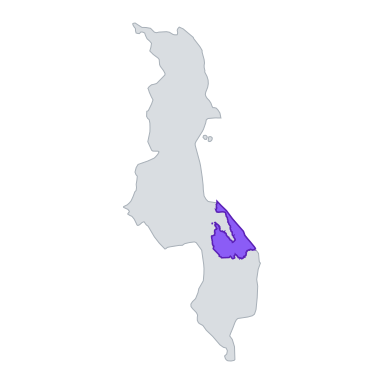 location of Mangochi, Mangochi, Malawi
{"feature_id": "42251766B89682559169951", "entity_name": "Mangochi", "entity_type": "district", "adm_level": 2, "iso_a3": "MWI", "parent_name": "Malawi", "parent_adm1": "Mangochi", "projection": "orthographic", "projection_center": [35.105, -14.138], "detail": "fine", "context": "in_parent", "style": "filled", "palette": "violet", "viewbox_px": 384, "rotation_deg": 0, "n_neighbors": 0, "source": "geoboundaries", "source_scale": "gbopen_adm2", "svg_char_len": 8239}
<svg xmlns="http://www.w3.org/2000/svg" viewBox="0 0 384 384"><path d="M146.3,224.9L144.0,221.7L142.1,222.5L139.5,224.8L138.1,225.4L137.4,225.3L136.9,224.8L136.3,223.4L134.3,219.3L132.0,216.4L129.6,215.3L127.7,214.0L128.5,212.7L129.4,211.8L129.0,210.8L127.9,209.4L123.6,207.4L123.6,206.6L127.3,204.8L129.6,202.7L131.2,200.7L133.2,196.3L134.8,191.9L136.1,190.5L136.5,187.6L136.2,184.3L136.9,180.1L137.3,176.2L136.0,174.7L135.0,172.1L136.2,167.5L138.1,164.4L147.6,161.1L154.2,158.1L155.6,156.8L157.8,154.3L159.0,151.9L158.1,151.2L152.9,151.1L151.6,150.2L147.8,141.7L149.9,131.8L150.0,128.0L149.9,123.2L149.2,119.7L147.6,118.3L146.6,116.4L146.8,111.3L148.3,110.7L151.6,103.9L153.0,99.9L151.3,96.7L149.3,92.2L148.4,89.3L147.9,88.4L149.2,86.6L151.5,84.8L153.9,84.3L156.6,83.5L164.9,75.0L165.0,73.4L163.5,70.6L160.3,66.3L159.6,64.6L159.2,59.5L158.0,58.0L153.4,54.6L149.8,51.0L150.9,47.3L151.5,43.3L149.7,41.1L147.1,38.8L145.5,35.5L144.7,33.0L142.7,32.1L140.8,32.0L139.4,33.6L137.9,33.5L136.1,33.0L135.5,30.8L135.4,28.5L134.1,26.9L132.9,24.8L132.8,23.6L133.5,23.3L135.1,23.0L141.9,27.4L146.0,27.5L150.5,28.3L154.4,32.2L156.5,32.7L159.0,32.1L166.4,31.7L169.3,32.2L173.1,34.5L174.6,34.8L177.0,34.8L177.4,34.2L177.7,32.9L177.2,30.2L177.8,28.7L179.2,27.1L183.2,28.9L193.3,37.4L193.6,38.5L200.0,46.8L202.1,50.4L202.1,52.2L204.1,59.6L204.5,63.0L204.1,65.6L204.2,67.7L204.9,70.7L204.7,72.0L207.0,76.4L208.1,80.1L208.3,83.7L207.7,87.2L205.7,92.3L205.3,94.4L205.8,96.2L207.1,98.3L209.2,100.5L210.9,103.1L212.0,106.2L212.9,107.7L214.1,107.6L216.2,108.1L217.9,109.9L219.9,113.0L220.6,116.5L220.9,118.0L215.2,117.9L208.0,118.5L206.3,119.8L205.7,122.9L203.5,129.2L202.3,131.5L199.6,135.8L195.9,141.7L195.1,143.7L195.3,145.7L197.5,153.8L199.8,162.3L200.5,165.6L202.2,177.0L203.1,185.0L203.3,189.7L204.1,196.0L206.1,199.4L208.2,201.5L216.3,202.8L218.7,204.3L223.2,208.4L233.2,219.4L238.6,226.5L243.4,232.8L251.9,244.4L258.5,253.4L259.3,261.8L260.4,263.1L258.2,269.3L256.7,279.4L257.7,286.1L257.2,297.6L256.0,309.7L254.5,314.1L252.5,315.7L247.9,317.0L237.8,318.5L236.3,319.9L235.0,322.3L232.9,327.9L230.5,333.6L229.7,336.0L230.2,336.6L232.3,339.5L234.5,346.8L234.9,359.5L234.1,360.4L231.1,361.0L227.9,360.8L226.6,360.1L225.4,358.7L224.6,356.0L226.7,354.1L227.4,350.8L226.1,348.0L223.4,347.3L219.9,344.8L212.6,336.3L206.4,330.4L202.9,325.5L199.2,323.5L198.2,322.3L197.3,320.3L197.3,317.3L197.6,315.1L196.4,312.6L192.7,308.8L191.0,306.6L190.9,304.1L192.5,301.6L195.6,298.6L198.0,292.6L198.8,288.7L203.3,280.8L203.9,273.9L204.0,268.5L203.7,264.4L202.5,256.0L201.7,250.2L196.2,242.6L194.4,241.9L189.1,242.6L184.6,243.7L182.4,245.3L179.0,245.4L170.2,246.8L167.4,247.4L165.8,248.7L164.9,249.0L159.3,243.2L154.4,236.9L148.1,226.2L146.3,224.9ZM210.6,141.3L209.1,141.6L208.2,140.9L208.4,138.5L208.9,136.8L210.4,136.6L211.4,137.0L212.2,137.8L212.2,139.0L211.7,140.3L210.6,141.3ZM207.3,137.1L206.4,139.4L204.7,139.3L203.0,137.3L203.5,135.7L205.1,135.2L206.5,135.8L207.3,137.1Z" fill="#d9dde1" stroke="#a8b0b8" stroke-width="1"/><path d="M234.7,257.9L234.7,257.5L234.4,256.9L234.4,256.5L234.1,256.1L234.1,255.9L234.9,255.1L235.1,254.6L235.2,254.2L235.4,254.5L235.6,254.6L235.9,254.7L236.2,255.0L236.5,255.0L236.7,255.4L237.0,255.6L237.2,255.8L237.3,256.3L237.7,256.6L237.9,257.1L238.3,257.3L238.4,257.7L238.7,257.7L238.9,257.8L239.1,257.8L239.3,257.7L239.5,257.7L240.0,258.2L240.0,258.3L240.1,258.2L240.5,258.0L240.8,257.9L241.1,258.1L241.0,258.3L241.5,258.7L241.8,258.8L242.1,258.5L242.7,258.4L242.8,258.3L243.0,258.2L243.2,257.9L243.3,257.8L243.3,257.7L243.5,257.7L243.8,257.5L243.7,257.5L243.7,257.1L243.8,257.1L244.0,257.1L243.9,257.0L244.0,256.9L243.9,256.8L244.0,256.7L243.9,256.6L243.9,256.4L244.1,256.3L244.5,256.3L245.5,255.6L245.8,255.0L246.0,255.1L246.2,254.0L246.2,253.9L246.3,253.7L246.1,253.2L246.0,252.5L246.2,252.1L246.8,251.8L247.0,251.5L247.0,251.2L246.9,250.9L247.1,250.6L247.3,250.6L247.5,250.6L247.9,250.4L248.2,250.1L248.5,250.0L248.7,249.9L248.9,250.0L249.1,250.2L249.4,250.2L249.7,249.7L249.9,249.7L250.0,249.5L250.3,249.5L250.5,249.4L250.6,249.6L250.8,249.5L251.2,249.6L251.3,249.7L251.5,249.7L251.7,249.8L251.8,249.7L252.3,250.0L252.6,250.1L252.7,249.9L253.3,249.7L253.6,249.9L254.1,249.7L254.3,249.8L254.5,249.8L254.4,249.7L254.6,249.6L254.5,249.4L254.8,248.9L255.1,248.6L255.1,248.4L255.3,248.3L254.6,247.2L253.5,245.8L249.7,241.2L247.2,238.4L244.7,235.3L244.3,233.7L243.4,231.3L232.5,218.9L226.4,210.6L221.2,205.6L217.0,201.2L217.0,202.2L217.1,202.6L216.9,203.1L217.0,203.3L216.8,203.5L216.8,203.9L216.7,204.1L216.3,204.4L216.5,204.7L216.5,205.5L216.4,205.7L216.4,206.0L216.4,206.9L216.6,207.3L216.4,207.5L216.6,208.0L216.5,208.9L216.1,209.2L215.9,209.7L215.7,209.6L215.9,210.2L216.1,210.4L216.3,211.2L216.7,211.9L217.2,211.9L217.7,212.0L217.8,212.2L218.4,212.2L218.9,212.2L219.5,212.1L221.3,211.9L222.9,211.8L224.4,212.1L225.3,212.4L225.6,213.2L225.6,213.4L225.8,213.8L225.8,214.3L226.0,214.4L226.0,214.7L226.0,215.0L226.2,216.2L226.6,216.8L227.0,217.1L227.1,217.5L227.4,217.8L227.4,218.3L227.4,218.8L227.6,219.3L227.6,219.6L227.8,219.9L227.9,220.2L227.9,220.5L228.1,221.4L228.1,221.5L227.8,221.8L227.9,222.2L228.0,222.3L228.4,222.6L228.6,222.8L228.7,223.4L228.7,223.7L228.8,224.0L229.1,224.2L229.3,224.7L229.4,224.8L229.5,225.0L229.8,225.4L230.0,225.6L230.4,225.9L230.3,226.7L230.6,227.2L230.4,227.4L230.2,227.6L230.1,227.8L230.3,228.6L230.3,229.2L230.8,229.8L230.9,230.3L230.9,230.5L231.0,230.7L230.9,230.9L231.1,231.3L231.5,231.8L231.9,232.0L231.9,231.9L232.1,231.9L232.2,232.1L232.2,232.7L232.3,233.1L232.2,233.5L232.2,234.3L232.3,235.0L232.6,235.4L232.9,235.5L233.3,235.8L233.5,235.7L233.4,235.9L233.3,236.1L233.5,236.4L233.5,236.9L233.8,237.0L234.0,237.8L234.4,238.0L234.6,238.3L234.7,238.7L234.9,238.8L235.1,239.1L235.2,239.4L235.1,239.7L235.2,240.0L234.9,240.3L234.7,240.2L234.5,240.4L234.3,240.7L234.3,241.1L234.0,241.4L233.3,241.9L233.0,242.1L232.9,242.3L232.5,242.4L232.5,242.1L232.2,241.8L232.1,241.5L232.0,241.0L231.8,240.7L231.2,240.4L230.9,240.1L230.3,240.1L230.1,239.9L229.8,239.4L229.8,239.0L229.4,238.6L229.1,238.5L229.1,238.1L228.9,237.8L228.8,237.5L228.6,237.1L228.4,237.1L228.1,237.1L227.5,236.8L227.4,236.5L227.1,236.1L226.9,235.8L226.8,235.6L226.5,235.5L226.4,235.4L226.4,235.2L226.4,234.9L226.2,234.5L226.2,234.0L226.0,233.4L225.9,233.3L225.7,233.3L225.4,232.9L225.0,232.7L224.7,232.7L224.6,232.8L224.4,232.7L224.4,232.3L224.2,232.1L224.1,231.9L224.3,231.5L223.5,231.8L222.9,231.8L222.8,231.7L222.6,231.4L222.6,231.2L222.3,231.0L221.9,231.2L221.7,231.3L221.6,231.2L221.2,231.3L220.6,231.0L220.2,230.6L219.8,229.9L219.8,229.4L219.9,229.1L219.7,229.1L219.5,228.8L219.6,228.4L219.5,228.2L219.6,227.9L219.8,227.8L219.8,227.5L219.6,227.4L219.5,227.0L219.6,226.9L219.4,226.8L219.4,227.0L219.2,227.0L219.1,226.8L219.2,226.5L218.9,226.2L219.0,226.1L219.1,225.8L218.9,225.6L218.7,225.4L218.4,225.3L218.4,225.2L218.0,224.7L217.5,224.4L217.0,223.9L216.7,223.8L216.3,223.7L216.2,223.9L216.3,224.3L216.2,224.6L216.0,224.8L215.3,225.3L215.1,225.6L215.4,226.4L216.1,227.0L216.2,227.4L216.5,227.8L216.5,228.2L216.9,228.6L216.8,228.9L216.5,229.2L216.4,229.1L215.7,229.2L215.6,229.5L215.0,229.8L214.8,230.1L214.6,230.5L214.7,231.1L214.5,232.0L214.9,232.2L215.0,233.2L214.9,233.5L214.7,233.8L214.5,234.3L214.5,234.9L214.6,235.0L214.0,235.3L213.8,235.3L212.7,235.8L211.6,236.0L211.5,236.3L211.7,236.8L211.6,237.2L211.8,237.4L211.7,237.6L211.7,238.1L211.8,238.9L212.1,239.4L212.1,239.9L212.2,240.2L212.1,240.6L212.4,241.0L212.4,242.1L212.3,242.9L212.4,243.1L212.4,243.6L212.5,243.7L212.6,243.8L212.5,244.5L212.9,244.9L213.0,245.6L213.4,245.7L213.3,245.9L213.8,246.5L213.2,248.7L216.9,252.5L219.3,255.0L219.2,255.3L219.4,255.7L219.2,256.1L220.2,256.7L220.5,256.7L220.7,256.8L221.0,256.8L221.2,257.4L221.5,257.8L223.7,257.7L229.1,257.5L229.6,257.1L229.9,256.7L230.1,256.5L230.3,256.2L230.5,256.4L231.0,256.8L232.1,258.4L232.5,258.7L233.3,258.6L234.7,257.9ZM216.2,223.9L216.2,223.7L215.9,223.1L215.8,222.8L215.5,222.6L215.2,222.4L214.9,222.5L215.2,222.8L215.2,223.1L215.4,223.4L215.7,223.6L215.9,223.8L216.2,223.9ZM214.6,224.6L214.4,224.5L214.8,224.9L215.1,224.9L215.0,224.6L214.9,224.7L214.7,224.6L214.6,224.6ZM212.2,223.6L212.4,223.4L212.3,223.2L212.2,223.2L212.1,223.4L212.2,223.6Z" fill="#8b5cf6" stroke="#5b21b6" stroke-width="1.5"/></svg>